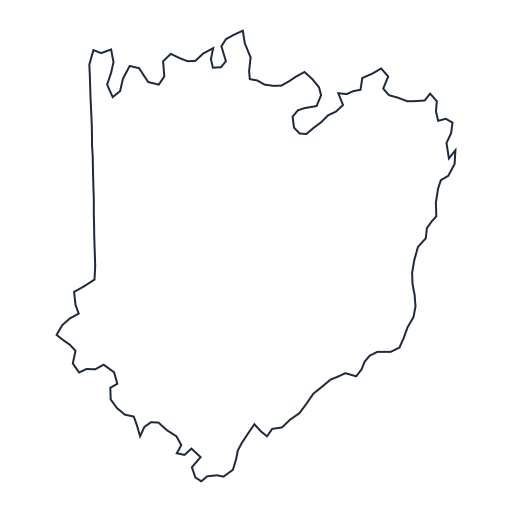 Bozano, Rio Grande do Sul, Brazil (Natural Earth projection)
{"feature_id": "56859067B99818691919040", "entity_name": "Bozano", "entity_type": "district", "adm_level": 2, "iso_a3": "BRA", "parent_name": "Brazil", "parent_adm1": "Rio Grande do Sul", "projection": "natural_earth1", "projection_center": [-53.753, -28.359], "detail": "fine", "context": "isolated", "style": "outline", "palette": "slate", "viewbox_px": 512, "rotation_deg": 0, "n_neighbors": 0, "source": "geoboundaries", "source_scale": "gbopen_adm2", "svg_char_len": 2239}
<svg xmlns="http://www.w3.org/2000/svg" viewBox="0 0 512 512"><path d="M111.1,49.5L101.1,53.1L93.4,50.1L89.3,64.7L89.8,74.5L90.2,87.6L90.5,97.1L90.9,105.5L91.3,114.0L91.8,125.9L92.0,137.3L92.0,145.1L92.7,156.1L93.0,171.2L93.4,187.8L93.8,198.7L93.8,213.3L94.1,226.4L94.2,234.5L94.5,244.8L94.8,253.6L95.2,266.0L94.5,279.6L84.4,286.1L74.1,291.9L75.5,304.8L78.7,313.6L69.9,318.4L62.2,325.2L56.6,334.9L63.3,340.2L69.9,344.8L75.5,350.8L72.8,363.5L79.1,372.5L86.5,369.0L95.2,369.3L103.6,364.7L114.1,372.3L117.3,383.8L110.3,387.8L110.7,399.5L117.0,408.1L124.8,414.6L133.8,416.6L136.7,424.7L140.1,436.2L144.4,426.9L151.1,422.2L158.5,422.6L166.9,430.2L176.4,436.3L181.3,445.1L176.8,453.3L184.5,454.9L191.4,448.6L200.6,457.1L191.9,467.2L195.4,477.5L201.3,481.3L207.2,476.3L217.0,475.3L223.5,476.6L232.9,469.8L236.1,459.2L237.8,450.6L241.7,443.1L247.7,434.0L254.4,424.2L260.7,431.2L267.0,436.3L272.2,428.9L282.1,427.4L290.1,419.6L299.3,413.3L306.4,403.8L313.4,393.6L322.8,386.1L330.5,379.6L338.0,376.6L345.3,373.2L356.2,376.3L361.6,369.3L364.6,361.7L369.7,355.7L377.3,351.9L390.6,351.9L399.4,347.6L403.7,338.0L407.6,327.2L413.5,317.1L415.5,306.5L414.6,294.9L412.5,283.8L412.1,272.8L414.3,260.1L418.0,246.8L425.8,238.3L426.9,228.1L431.7,221.4L436.3,216.3L435.9,202.5L438.1,188.4L440.9,180.1L448.3,175.8L454.6,163.9L455.4,150.3L448.9,158.4L446.5,143.0L451.1,133.2L452.5,122.6L445.8,118.8L438.1,120.8L436.0,111.5L436.8,101.2L430.1,93.6L424.7,100.5L413.9,101.2L407.2,101.2L397.3,97.5L389.0,95.2L383.2,88.6L388.2,76.5L381.2,68.5L372.2,73.7L362.3,78.0L360.5,89.8L353.4,91.1L346.7,94.1L338.3,93.2L343.0,105.0L336.1,111.5L328.1,115.3L320.7,122.6L313.8,127.7L306.4,134.0L299.6,133.5L294.0,127.6L292.6,116.6L297.9,110.3L304.2,108.2L316.6,106.0L321.1,95.2L319.0,87.3L312.3,79.1L304.5,72.0L295.9,76.7L289.0,81.3L281.4,85.6L273.7,85.9L264.5,84.6L257.4,80.5L249.8,79.1L249.1,71.2L250.6,57.4L244.8,43.3L242.8,30.7L233.6,34.9L225.9,39.2L221.4,46.3L225.9,61.2L221.0,67.2L212.9,67.7L210.9,59.2L213.2,48.1L203.1,53.6L195.3,60.9L187.6,61.2L180.2,58.4L170.8,53.9L163.1,61.2L164.3,76.5L158.8,84.6L148.3,82.1L144.3,76.2L139.1,68.2L129.7,66.0L123.0,78.6L120.1,91.1L112.7,97.1L107.1,84.6L111.1,72.8L113.5,62.1L111.1,49.5Z" fill="none" stroke="#1e293b" stroke-width="2"/></svg>